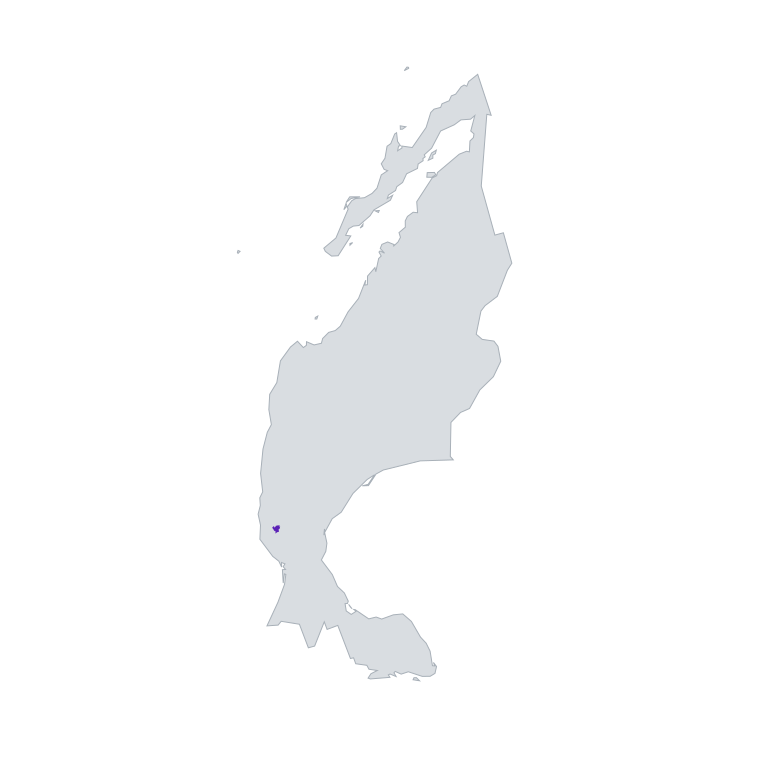 Heroica Ciudad de Ejutla de Crespo, Oaxaca, Mexico (highlighted), rotated 71°
{"feature_id": "50627088B22638065525590", "entity_name": "Heroica Ciudad de Ejutla de Crespo", "entity_type": "district", "adm_level": 2, "iso_a3": "MEX", "parent_name": "Mexico", "parent_adm1": "Oaxaca", "projection": "albers", "projection_center": [-96.767, 16.598], "detail": "fine", "context": "in_parent", "style": "filled", "palette": "violet", "viewbox_px": 768, "rotation_deg": 71, "n_neighbors": 0, "source": "geoboundaries", "source_scale": "gbopen_adm2", "svg_char_len": 5664}
<svg xmlns="http://www.w3.org/2000/svg" viewBox="0 0 768 768"><g transform="rotate(71 384 384)"><path d="M121.7,194.6L164.8,195.2L162.5,199.0L228.5,227.6L279.3,230.7L279.9,221.9L311.4,223.8L316.6,230.3L338.0,248.3L342.8,262.9L346.6,268.6L367.0,280.6L373.8,276.6L379.2,266.1L385.5,264.0L400.5,266.2L412.7,278.2L420.8,295.3L435.0,311.1L435.8,320.9L442.1,333.2L474.1,344.9L478.3,343.2L468.5,374.7L465.1,412.6L466.5,420.8L475.0,431.8L473.2,437.7L473.7,431.7L466.7,422.4L468.8,431.0L477.4,449.0L491.3,466.2L494.5,476.8L504.4,487.7L501.7,487.5L507.3,490.1L505.5,488.5L515.9,489.8L523.3,493.5L530.0,500.5L547.4,494.9L560.3,493.9L568.7,489.5L577.7,488.5L579.6,490.0L579.0,492.3L586.3,493.6L591.2,490.0L589.8,484.4L587.4,485.9L588.0,484.7L601.1,474.9L601.8,467.3L605.5,462.7L605.3,450.4L607.5,441.1L617.4,435.4L635.2,431.9L642.9,428.5L651.6,427.4L666.1,429.9L667.1,427.8L663.4,427.9L668.2,426.3L674.2,430.0L675.4,435.5L672.9,443.0L664.0,454.7L663.9,462.2L659.4,467.0L660.3,468.6L664.5,467.8L660.2,472.7L660.4,474.6L663.3,473.9L658.4,493.0L656.9,494.8L653.7,490.7L652.7,483.6L648.8,491.1L644.4,491.8L639.3,501.8L633.0,501.9L632.6,505.1L597.2,506.3L597.5,517.7L589.4,517.9L609.2,534.9L608.8,541.4L583.6,542.2L574.9,558.5L577.5,562.6L574.6,573.4L555.9,555.4L541.1,543.3L532.1,538.8L531.1,540.0L539.4,544.1L526.5,540.5L527.3,537.5L523.9,538.8L521.8,536.2L519.4,539.0L523.8,540.4L517.3,541.1L510.8,545.3L490.4,551.9L477.2,546.7L466.1,545.4L458.6,540.5L451.2,538.5L446.5,533.8L428.4,529.8L406.1,519.6L391.7,510.1L385.7,503.7L370.7,501.2L356.5,495.4L347.8,484.9L328.4,474.4L318.6,460.4L315.4,451.9L323.3,448.4L322.2,444.8L318.8,443.5L324.3,437.4L325.1,429.9L321.0,427.2L317.2,419.5L317.6,412.7L315.1,406.5L304.1,394.5L294.8,380.2L279.9,367.5L284.2,369.9L284.7,367.4L276.6,364.4L271.0,354.7L275.2,355.2L263.6,348.2L262.1,345.0L257.6,345.8L256.9,344.4L260.5,340.9L254.6,343.4L251.3,340.5L250.9,334.3L255.4,329.1L256.9,330.3L254.3,324.5L250.7,320.7L245.7,320.5L242.7,312.8L236.7,310.8L233.2,307.3L231.1,300.5L233.0,296.5L222.3,293.7L204.9,271.4L204.2,266.4L201.5,264.6L191.2,238.0L190.8,230.1L192.3,227.7L182.2,223.6L180.1,219.2L176.8,217.5L173.0,219.6L159.7,210.7L161.8,215.9L159.3,225.3L161.8,233.2L163.2,248.1L176.5,262.2L180.4,271.3L182.6,271.1L183.5,273.8L185.6,274.3L187.1,280.1L191.1,282.2L192.6,294.2L199.5,300.8L201.6,307.7L204.8,310.1L206.8,318.3L209.7,320.5L208.4,314.4L212.3,318.1L216.1,336.8L220.4,342.4L226.0,356.1L224.7,361.6L225.7,366.7L230.9,371.9L233.2,367.2L247.8,385.6L246.0,391.9L239.5,396.3L236.0,396.7L230.3,381.9L207.0,361.0L204.7,361.1L200.2,354.8L199.4,350.6L201.5,341.8L199.9,333.2L196.6,326.9L185.4,318.5L183.5,311.1L181.1,314.0L174.9,314.9L170.9,309.6L160.2,303.7L158.9,299.3L151.1,292.5L150.5,290.3L159.0,292.2L164.0,290.9L163.8,292.8L167.9,295.2L166.7,290.2L164.8,289.7L169.6,280.3L155.1,260.6L142.5,251.4L140.4,247.2L140.9,240.4L137.9,237.9L137.4,230.2L133.5,226.5L133.3,221.9L128.1,214.3L127.4,210.9L129.4,208.8L125.6,205.5L121.7,194.6ZM204.1,271.6L202.4,276.2L198.2,274.3L200.4,267.4L203.0,266.9L204.1,271.6ZM186.9,269.3L181.1,263.8L179.9,258.4L182.9,260.4L183.4,263.3L186.4,264.3L186.9,269.3ZM673.1,452.8L671.5,451.3L672.2,449.0L676.2,447.0L673.1,452.8ZM200.0,360.7L195.9,355.5L199.2,345.7L197.9,354.6L200.0,360.7ZM148.5,285.6L145.2,284.6L147.9,279.6L149.1,283.6L148.5,285.6ZM94.3,262.8L91.8,259.1L92.6,257.7L93.6,257.9L94.3,262.8ZM203.7,361.2L206.1,365.2L200.8,361.0L203.7,361.2ZM300.7,426.4L300.1,428.0L298.7,427.3L298.2,424.5L300.7,426.4ZM227.9,352.7L228.8,355.8L226.0,351.8L227.9,352.7ZM218.4,332.0L220.0,333.4L217.4,336.0L218.4,332.0ZM213.0,479.5L211.8,479.8L210.2,478.5L211.7,476.9L213.0,479.5ZM583.9,488.4L580.8,489.2L586.1,487.4L583.9,488.4ZM241.7,371.0L240.1,370.5L240.1,367.6L241.7,371.0Z" fill="#d9dde1" stroke="#a8b0b8" stroke-width="1"/><path d="M485.0,533.7L485.1,533.8L485.3,533.9L485.2,534.1L485.3,534.2L485.5,534.5L485.6,534.8L485.4,534.8L485.2,534.8L484.7,534.8L484.8,534.8L484.8,535.0L484.7,535.1L484.2,535.1L483.8,534.9L483.7,534.9L483.5,535.0L483.7,535.3L483.7,535.5L483.8,535.5L484.0,535.5L484.3,535.5L484.5,535.5L484.6,535.4L484.8,535.3L484.8,535.2L485.0,535.2L485.3,535.1L485.5,535.1L485.9,535.1L486.0,535.1L486.3,535.0L486.3,534.9L486.6,534.8L486.5,534.6L486.7,534.4L486.9,534.1L487.0,533.9L486.9,533.9L486.7,533.8L487.1,533.4L487.1,533.2L487.2,532.9L487.3,532.8L487.4,533.0L487.5,533.1L487.8,533.4L487.7,533.7L487.9,533.6L488.0,533.6L488.2,533.8L488.3,533.8L488.4,534.0L488.8,534.1L488.7,533.9L488.7,533.6L488.7,533.4L488.6,533.2L488.6,532.6L488.7,532.2L488.4,532.2L488.4,531.8L488.6,531.6L487.9,532.0L487.7,532.2L487.8,532.3L487.7,532.3L487.3,532.2L486.8,532.0L486.8,531.8L486.4,531.9L486.3,532.1L486.5,531.7L486.4,531.8L486.2,531.7L486.1,531.8L485.8,531.7L486.0,531.4L485.9,531.3L485.9,531.2L486.1,531.2L486.2,530.9L486.3,530.8L486.3,530.7L486.0,530.7L486.0,530.3L486.0,530.2L485.7,530.0L485.6,529.9L485.3,529.7L485.2,529.9L485.5,530.3L485.7,530.2L485.8,530.2L485.8,530.5L485.3,530.5L485.1,530.8L484.9,530.7L484.7,530.6L484.3,530.4L484.2,530.3L484.2,530.5L484.0,530.4L483.9,530.4L483.8,530.5L483.9,530.8L484.0,530.8L484.0,531.0L483.9,531.0L483.9,531.3L483.8,531.5L483.7,531.7L483.7,531.8L483.7,532.0L483.8,532.0L484.0,532.3L484.0,532.1L484.3,531.8L484.4,531.7L484.4,531.4L484.5,531.4L484.9,531.5L484.7,531.7L484.8,531.8L485.1,531.9L485.3,532.2L485.6,532.3L485.3,532.5L485.2,532.6L485.0,532.9L485.4,532.9L485.7,533.0L485.8,532.9L485.9,532.6L485.7,532.6L485.7,532.4L486.2,532.4L486.3,532.4L486.3,532.5L486.1,532.8L486.1,533.0L485.9,533.1L485.8,533.3L485.7,533.3L485.4,533.4L485.3,533.5L485.3,533.4L485.3,533.5L485.3,533.4L485.2,533.4L485.2,533.5L485.0,533.7Z" fill="#8b5cf6" stroke="#5b21b6" stroke-width="1.5"/></g></svg>